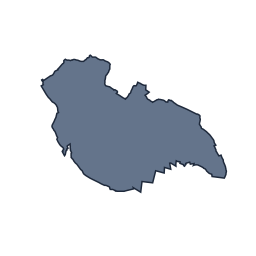 outline of Budacu De Jos, Bistrita-Nasaud, Romania, rotated 61°
{"feature_id": "2599482B65298316448597", "entity_name": "Budacu De Jos", "entity_type": "district", "adm_level": 2, "iso_a3": "ROU", "parent_name": "Romania", "parent_adm1": "Bistrita-Nasaud", "projection": "robinson", "projection_center": [24.519, 47.087], "detail": "fine", "context": "isolated", "style": "filled", "palette": "slate", "viewbox_px": 256, "rotation_deg": 61, "n_neighbors": 0, "source": "geoboundaries", "source_scale": "gbopen_adm2", "svg_char_len": 5671}
<svg xmlns="http://www.w3.org/2000/svg" viewBox="0 0 256 256"><g transform="rotate(61 128 128)"><path d="M181.4,162.2L182.2,159.0L184.0,152.5L182.8,152.3L190.3,148.0L181.6,141.7L187.9,133.0L178.8,124.5L184.9,118.2L180.4,115.3L180.2,115.2L184.8,110.6L179.0,108.6L179.4,107.6L184.6,104.6L183.1,103.9L181.4,102.7L180.1,101.7L181.1,101.1L182.2,99.9L182.1,99.7L183.0,98.8L184.1,99.7L185.7,98.3L185.8,98.3L186.9,97.3L187.7,97.5L188.6,97.3L188.8,97.2L188.7,96.8L188.2,96.6L188.2,96.1L188.2,95.8L188.0,95.4L188.0,95.2L187.8,94.9L187.0,94.7L187.0,93.8L187.1,93.7L187.8,90.6L189.8,91.0L191.1,87.5L192.4,88.9L192.4,88.7L192.9,87.0L193.4,85.9L193.7,85.5L194.0,85.1L194.3,84.7L194.5,84.6L197.3,82.6L199.2,81.4L199.7,81.4L200.4,81.0L200.9,80.5L201.5,80.3L202.3,80.1L203.2,80.1L204.1,80.0L204.8,79.7L206.2,79.3L207.1,78.9L209.1,77.2L211.2,78.0L217.8,69.0L218.5,68.1L218.1,67.4L217.5,66.7L216.8,65.7L215.7,64.5L214.9,64.2L214.3,63.5L214.0,63.2L213.4,62.9L212.9,62.7L212.4,62.7L212.0,62.6L211.3,62.2L210.9,62.2L209.3,61.6L207.4,61.3L204.3,61.0L203.1,60.7L202.2,60.2L199.1,60.2L197.7,59.9L196.8,59.8L196.8,60.6L196.6,61.2L196.5,61.5L196.4,62.0L194.7,62.1L192.3,62.1L191.8,62.1L191.7,62.2L190.7,62.2L190.2,61.9L189.3,61.6L188.3,61.6L186.9,61.4L185.4,61.4L185.6,59.5L185.3,59.5L184.7,59.6L183.5,59.7L182.3,59.6L181.0,59.1L180.3,59.0L179.6,59.0L174.3,59.7L173.4,59.9L170.3,60.9L169.4,61.1L166.2,62.5L165.5,62.8L164.9,63.3L164.4,63.6L163.9,63.9L163.4,63.8L162.7,63.6L162.2,63.5L160.7,63.7L160.0,63.6L159.6,63.8L158.4,63.1L156.8,61.6L155.6,60.7L155.3,60.5L154.1,60.3L153.8,60.1L153.5,60.0L152.7,59.4L152.4,59.2L152.0,59.2L151.2,59.4L150.4,60.0L150.1,60.0L149.4,60.6L149.3,61.1L140.3,67.3L135.4,71.0L132.1,73.6L131.2,74.1L130.6,74.3L129.5,74.9L129.1,75.0L127.9,75.7L126.6,76.0L125.6,76.5L124.8,76.9L124.9,77.2L124.4,77.6L124.3,77.8L123.4,78.4L123.1,78.7L123.2,79.0L123.5,78.9L123.4,79.1L123.4,79.3L123.7,79.9L124.1,80.3L124.6,80.7L124.0,81.5L123.8,82.1L121.6,83.0L120.7,83.7L118.7,86.0L117.8,87.3L117.6,87.4L117.6,87.7L117.7,87.9L117.3,89.2L117.4,89.8L117.4,91.4L117.5,92.0L117.4,93.0L117.4,94.1L116.7,94.2L115.4,95.2L114.2,95.5L112.5,96.7L112.0,96.9L111.4,97.0L110.0,96.8L109.4,96.9L107.6,97.2L107.4,94.3L106.9,92.1L103.2,94.0L99.3,91.6L98.3,93.4L96.2,95.0L95.2,95.4L93.9,96.5L92.7,97.3L94.1,98.9L94.4,99.3L94.9,100.2L95.0,100.6L94.8,101.0L94.2,101.6L94.2,101.9L93.9,102.3L94.0,102.8L94.2,103.4L94.7,104.1L95.3,104.8L96.1,105.8L97.1,107.3L98.2,108.4L98.5,108.8L98.7,109.4L98.8,110.5L99.0,110.8L99.6,111.5L99.8,111.8L100.8,113.8L101.3,115.6L101.1,115.6L101.4,116.4L100.6,116.7L99.4,117.6L98.7,117.9L97.3,118.7L95.8,119.4L92.2,121.5L91.7,120.0L91.3,119.7L90.8,119.6L90.5,119.6L88.5,120.7L88.2,120.9L88.1,121.2L88.0,121.4L87.7,121.7L87.6,121.9L87.7,122.0L86.6,122.3L85.7,122.9L83.9,123.7L83.2,124.0L82.6,124.6L82.2,125.1L80.8,126.5L80.2,127.0L79.1,127.1L78.4,127.0L77.9,126.8L77.6,126.7L77.3,126.3L76.4,125.8L76.0,125.6L75.5,125.5L74.9,124.8L73.4,123.5L71.9,122.5L71.4,121.8L71.1,121.0L71.1,120.7L70.3,119.3L69.5,117.7L69.3,117.5L68.9,117.2L68.4,116.6L68.1,116.2L67.9,115.7L67.5,115.3L64.5,113.6L63.9,113.0L63.7,112.7L62.7,112.8L62.2,112.9L60.7,113.5L59.6,114.3L59.0,114.9L58.6,115.2L58.4,115.5L58.0,115.6L56.4,116.5L56.0,117.2L55.5,118.3L55.1,119.0L54.6,119.5L54.0,120.0L53.3,120.4L53.1,120.7L50.4,121.9L49.5,123.3L49.0,124.5L48.7,124.8L47.9,125.1L47.5,125.1L47.1,125.3L46.1,125.6L46.0,126.2L46.1,126.6L47.2,127.6L47.4,128.2L46.9,129.5L47.3,130.3L47.4,130.7L47.6,131.1L47.7,131.3L47.7,131.5L47.8,131.8L47.7,132.0L47.7,132.4L48.2,134.6L47.7,135.5L47.5,135.8L47.1,136.6L46.1,137.7L44.5,138.9L43.4,140.3L42.3,141.3L41.8,142.1L41.5,143.2L41.6,143.4L41.6,143.9L41.1,144.6L41.2,145.0L41.1,145.7L40.7,146.1L40.4,146.3L39.8,147.1L39.4,147.8L39.2,148.4L38.7,148.7L38.3,149.1L37.5,149.5L37.6,150.1L37.7,150.7L37.9,151.2L38.0,151.5L39.5,152.2L39.7,152.4L40.1,153.2L40.2,153.7L40.1,154.0L40.6,155.5L41.4,157.6L42.1,159.5L42.5,160.9L43.1,161.0L43.0,161.8L43.0,163.4L42.9,163.9L42.9,164.1L43.3,165.1L43.5,165.2L44.8,167.4L45.1,168.3L45.1,168.7L45.1,169.1L44.9,170.0L44.8,171.1L44.9,171.3L45.2,174.8L45.5,178.1L45.5,179.0L45.4,179.4L45.0,179.2L44.7,178.9L44.1,179.1L44.1,179.7L44.1,179.8L44.1,180.2L44.6,180.3L45.2,180.2L45.4,180.1L45.7,180.2L46.2,180.1L46.4,179.9L46.8,180.1L47.1,180.2L47.8,180.8L48.4,181.1L49.1,181.1L49.1,183.5L58.9,183.2L61.8,182.9L62.8,182.8L63.9,182.4L65.1,182.1L66.2,182.0L66.6,181.8L67.7,181.7L68.5,181.5L70.1,180.5L71.7,179.9L73.5,179.6L74.3,179.7L75.9,179.7L79.3,181.2L80.8,181.3L80.7,183.1L83.8,185.9L85.1,187.8L86.4,189.4L88.8,193.0L89.9,193.8L91.1,194.0L92.5,193.8L94.2,193.9L95.2,193.6L96.4,193.6L99.4,194.0L100.0,194.2L101.4,194.2L102.0,194.1L102.9,195.0L103.4,195.7L106.6,195.9L107.5,195.8L108.4,195.8L109.7,195.7L112.0,195.1L112.8,194.6L114.2,194.3L114.6,194.3L114.9,194.5L115.5,194.7L115.7,195.0L115.8,195.6L116.0,196.0L116.2,196.3L116.8,196.3L116.8,196.9L121.5,197.0L121.4,196.7L120.9,196.0L120.8,195.7L118.0,193.3L117.8,192.3L117.3,191.9L117.1,192.0L116.7,191.7L116.7,191.2L116.8,190.5L116.1,190.4L116.1,190.2L114.7,190.1L114.4,190.0L114.2,189.8L113.9,186.4L116.1,187.4L117.9,188.5L118.2,188.6L118.5,188.5L119.4,189.1L121.9,189.3L122.4,189.4L122.6,189.8L122.7,190.1L124.5,191.1L125.4,191.5L126.2,192.0L127.4,191.7L128.1,191.6L128.9,191.3L130.5,191.4L133.1,191.0L134.9,190.3L141.4,189.5L143.0,188.8L146.1,189.0L146.9,188.9L149.0,188.0L153.8,185.3L162.1,179.5L162.9,179.1L164.1,178.3L165.6,177.2L166.7,176.4L167.0,175.8L167.3,175.4L167.8,174.8L168.6,174.2L169.3,173.7L169.9,173.2L170.8,172.8L172.1,173.2L173.1,173.3L173.8,172.2L174.2,171.3L175.0,170.6L175.8,170.1L176.7,169.2L177.1,169.5L178.2,167.9L181.4,162.2Z" fill="#64748b" stroke="#1e293b" stroke-width="1.5"/></g></svg>